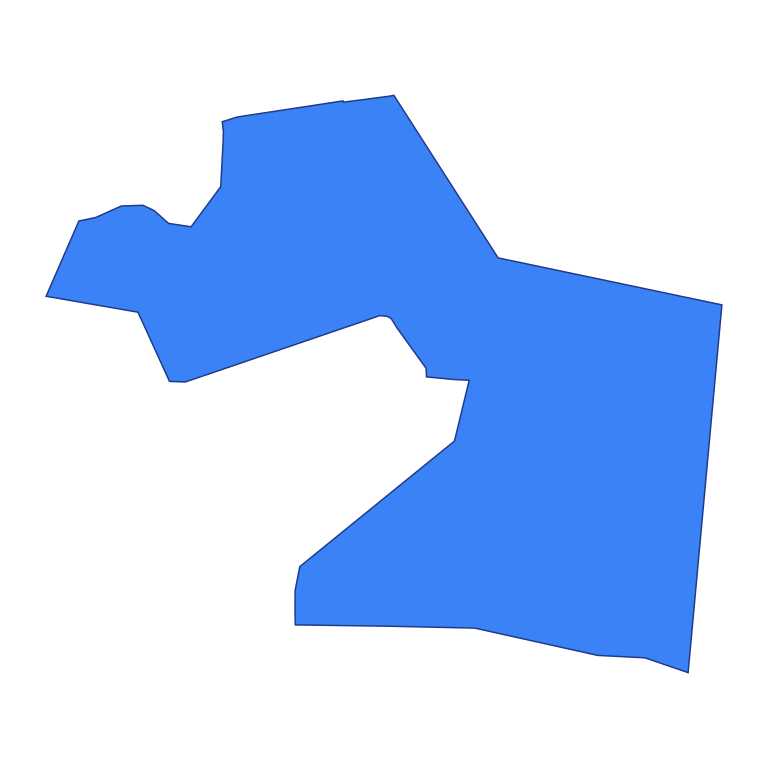 San Nicolás Hidalgo, Oaxaca, Mexico (Albers equal-area conic projection)
{"feature_id": "50627088B32967205278142", "entity_name": "San Nicolás Hidalgo", "entity_type": "district", "adm_level": 2, "iso_a3": "MEX", "parent_name": "Mexico", "parent_adm1": "Oaxaca", "projection": "albers", "projection_center": [-98.142, 17.776], "detail": "fine", "context": "isolated", "style": "filled", "palette": "blue", "viewbox_px": 768, "rotation_deg": 0, "n_neighbors": 0, "source": "geoboundaries", "source_scale": "gbopen_adm2", "svg_char_len": 678}
<svg xmlns="http://www.w3.org/2000/svg" viewBox="0 0 768 768"><path d="M393.9,95.4L388.5,96.3L343.3,102.2L343.0,100.9L243.6,116.0L236.9,117.1L224.6,121.0L223.5,121.3L222.3,121.7L223.5,132.7L223.2,134.9L223.3,138.3L220.7,186.7L191.1,226.8L168.6,223.4L154.0,210.5L142.9,205.3L121.3,206.0L95.7,217.5L78.9,221.0L46.1,296.3L138.0,312.2L169.5,381.4L185.2,382.0L214.6,372.0L379.8,315.6L387.4,316.4L391.2,318.6L397.0,327.9L426.1,368.3L426.5,376.9L453.7,379.5L469.2,380.3L454.5,441.0L299.8,566.6L295.1,590.7L295.0,611.8L295.3,624.9L388.6,626.2L474.6,628.1L597.6,655.4L644.8,657.8L688.1,672.6L721.9,304.9L498.1,257.9L393.9,95.4Z" fill="#3b82f6" stroke="#1e3a8a" stroke-width="1.5"/></svg>